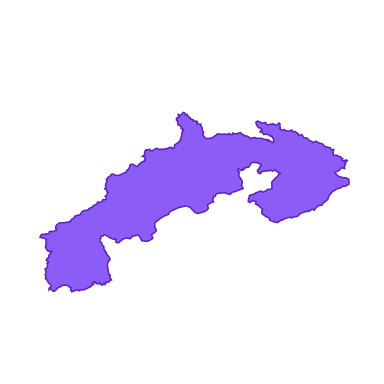 outline of Dien Bien, Điện Biên, Vietnam, rotated 81°
{"feature_id": "81297802B1284717956892", "entity_name": "Dien Bien", "entity_type": "district", "adm_level": 2, "iso_a3": "VNM", "parent_name": "Vietnam", "parent_adm1": "Điện Biên", "projection": "equal_earth", "projection_center": [103.057, 21.255], "detail": "fine", "context": "isolated", "style": "filled", "palette": "violet", "viewbox_px": 384, "rotation_deg": 81, "n_neighbors": 0, "source": "geoboundaries", "source_scale": "gbopen_adm2", "svg_char_len": 6080}
<svg xmlns="http://www.w3.org/2000/svg" viewBox="0 0 384 384"><g transform="rotate(81 192 192)"><path d="M208.7,35.6L204.0,35.1L202.1,37.6L201.4,40.6L199.5,44.7L197.2,46.8L195.1,47.6L193.5,42.9L191.5,40.7L192.7,37.4L190.4,37.6L188.5,35.9L186.8,36.7L186.6,35.3L185.2,33.6L184.4,34.9L185.1,35.2L184.6,37.0L185.0,38.4L183.0,38.9L182.5,38.1L181.8,39.3L180.5,39.7L179.6,41.9L178.5,42.8L177.8,46.6L174.5,46.4L172.2,45.3L171.9,47.7L169.9,48.6L167.8,53.7L164.6,55.9L163.6,58.6L161.2,61.7L162.0,64.8L160.9,65.6L159.8,67.7L156.8,70.0L155.6,73.3L152.5,74.4L152.9,77.8L151.1,77.9L148.3,80.8L148.4,82.8L146.4,83.7L147.0,87.2L146.0,90.2L144.7,91.1L145.1,93.1L144.5,94.4L143.0,95.4L142.6,94.7L139.9,94.9L138.8,94.3L137.5,95.3L139.2,98.3L137.9,100.7L137.1,101.2L137.6,103.0L137.2,103.6L137.6,105.5L137.3,106.9L136.7,107.9L134.9,108.5L135.1,111.6L132.1,116.0L132.9,117.9L135.5,117.9L138.9,116.3L139.7,114.3L141.8,113.1L142.8,115.2L143.4,115.4L143.9,113.5L146.5,112.1L146.2,111.2L146.8,110.3L146.6,108.9L147.4,107.2L148.5,106.9L148.5,105.7L149.2,105.6L149.7,104.2L154.2,103.0L155.9,104.2L153.5,107.5L153.2,109.3L152.3,108.5L151.2,112.4L149.8,115.0L149.1,119.7L148.1,121.0L148.0,123.7L148.5,125.2L145.3,128.9L144.5,132.0L143.8,131.9L142.3,134.0L140.8,134.8L141.6,139.5L140.2,142.6L141.0,142.6L141.7,143.6L141.4,144.8L139.9,146.2L141.0,147.8L140.1,149.2L140.0,151.5L139.5,152.3L139.8,154.3L139.0,155.3L138.6,158.1L139.5,159.1L142.0,164.8L141.5,165.8L141.8,167.2L141.1,170.3L137.0,172.4L134.9,171.2L133.2,172.0L129.9,171.9L128.1,173.1L126.5,172.5L125.5,176.5L124.4,176.6L123.8,175.5L123.1,175.9L122.3,177.8L122.2,179.7L120.7,179.6L120.1,181.9L119.2,181.7L116.1,184.2L114.5,184.7L114.9,185.6L114.6,186.6L112.8,186.7L112.0,188.2L114.5,191.3L113.2,193.4L114.2,193.7L116.1,192.7L116.4,195.4L117.2,196.1L118.2,195.6L118.6,196.0L119.2,195.2L123.4,195.5L124.2,193.8L125.7,192.5L127.4,192.9L128.6,191.0L129.7,191.8L130.4,191.0L130.6,191.8L132.6,193.0L133.4,192.7L139.5,195.9L141.2,198.3L142.7,201.6L145.9,203.0L146.1,204.1L144.9,204.9L144.5,206.0L144.5,207.7L145.3,209.7L145.1,213.1L145.7,214.4L144.8,215.6L144.8,217.6L143.2,220.4L145.0,224.8L144.5,226.6L143.2,227.0L143.4,229.5L143.0,231.0L144.9,232.4L147.8,233.1L149.0,235.4L150.1,233.1L151.1,232.4L152.2,233.7L154.0,233.8L154.1,235.8L155.0,237.7L156.8,240.7L158.1,241.7L158.0,243.0L155.3,246.0L155.0,247.8L156.0,249.4L157.5,249.6L159.7,251.4L160.0,252.6L161.7,253.5L163.9,260.4L164.1,262.3L163.5,265.2L162.0,266.9L161.8,268.1L162.3,269.6L163.7,270.5L164.2,272.5L166.3,274.7L167.6,274.0L170.5,276.0L172.2,276.5L173.2,275.9L175.2,277.8L177.1,275.5L178.4,276.1L179.2,275.0L182.4,277.6L182.6,278.4L183.1,277.8L185.8,277.9L186.1,279.5L185.6,281.3L186.9,282.0L187.6,283.5L187.8,284.8L187.1,286.8L188.9,287.8L190.1,291.7L191.0,291.8L192.2,296.3L193.6,297.7L193.4,300.9L194.3,303.9L196.4,305.6L197.4,307.1L196.9,308.5L197.7,311.8L199.2,312.3L200.3,315.6L202.1,316.7L202.4,322.8L201.8,328.0L203.4,330.9L204.9,332.1L206.6,332.3L207.3,331.5L208.5,332.1L208.4,333.2L209.1,334.3L209.4,336.0L208.7,337.1L208.9,339.1L210.4,339.6L211.1,341.8L210.4,342.6L210.7,344.4L210.3,347.0L211.5,348.4L213.0,349.2L214.4,345.7L216.1,343.1L217.7,344.1L218.6,343.5L221.3,344.8L222.2,344.4L223.4,345.5L227.0,344.2L228.5,342.3L228.3,340.3L228.8,339.9L229.3,341.2L230.8,341.3L231.4,342.7L232.9,343.6L234.2,343.5L235.5,346.1L237.0,346.5L239.0,344.4L239.9,346.4L240.9,346.0L243.5,346.7L244.6,347.6L245.1,349.2L248.4,348.6L251.0,350.1L253.0,349.5L254.6,350.4L256.3,348.9L259.5,347.9L261.9,345.8L263.6,346.2L264.7,348.3L266.4,348.5L265.8,347.8L266.2,346.1L268.2,344.8L268.6,343.4L264.8,337.9L265.2,336.5L264.0,335.2L264.3,330.2L265.9,328.8L267.8,326.2L269.6,327.4L271.8,326.3L270.8,321.8L271.0,319.9L272.0,318.8L271.2,317.2L271.7,314.2L269.7,306.9L268.5,305.2L267.0,304.6L267.8,303.6L265.6,303.7L266.0,303.1L265.5,301.7L265.8,301.1L267.3,301.2L268.1,299.4L268.1,298.5L267.0,297.4L269.8,296.1L269.7,294.6L268.8,294.4L269.8,292.6L268.4,292.4L268.2,291.9L268.8,291.4L267.5,290.5L268.0,288.1L266.6,287.1L266.3,285.3L263.1,286.5L261.6,285.7L260.3,286.9L251.3,287.1L248.2,286.0L245.8,283.4L243.4,283.9L239.6,286.2L238.2,286.1L237.0,287.4L235.8,287.2L233.7,288.2L232.4,287.5L230.5,288.9L227.7,289.3L226.1,290.8L224.2,290.1L223.8,289.3L222.7,289.6L221.3,288.7L221.7,287.0L220.5,285.6L220.8,284.4L225.0,279.4L226.6,276.4L226.3,274.8L227.3,274.3L229.3,275.3L230.7,273.4L230.5,272.1L228.8,269.7L227.2,265.6L227.1,264.4L228.5,260.3L226.7,258.0L226.0,253.0L227.3,250.9L232.2,249.3L233.7,244.2L233.6,242.9L231.8,238.0L227.6,238.6L226.5,235.7L224.7,233.2L220.0,234.3L216.4,233.2L212.9,227.0L211.4,223.1L210.4,218.5L208.7,218.0L207.4,215.3L205.3,207.5L204.8,199.6L207.1,196.1L212.7,192.2L214.0,190.2L213.8,185.6L213.2,184.4L213.5,183.1L212.1,179.8L210.7,178.4L207.1,178.7L205.2,173.9L205.2,172.2L203.2,172.7L200.0,171.3L200.1,170.1L198.1,168.6L197.4,167.3L197.7,160.4L200.4,155.0L198.4,152.1L198.4,149.9L196.6,141.0L193.0,142.0L191.0,140.9L188.5,140.8L183.7,143.0L181.6,143.0L179.7,142.0L178.4,143.2L176.6,143.2L176.5,142.3L178.2,140.4L178.5,138.7L177.2,138.2L177.8,137.7L177.6,136.6L176.4,135.9L176.2,131.8L172.5,128.8L172.3,125.5L172.9,125.1L173.3,122.4L174.1,122.1L175.4,119.4L176.1,119.3L178.0,121.5L179.5,121.8L180.3,123.5L181.8,124.2L182.9,123.2L183.7,123.5L184.6,121.6L183.4,120.5L182.6,118.2L183.0,113.6L182.8,110.8L184.1,109.0L183.2,107.2L183.4,106.0L184.5,105.7L187.6,102.0L188.2,103.7L190.2,105.1L190.6,106.4L194.5,111.6L201.2,112.5L201.6,114.9L201.2,116.5L203.3,121.3L201.9,123.9L201.9,125.4L202.6,127.2L202.5,128.8L203.7,130.5L204.2,135.6L208.3,137.5L210.3,137.9L211.4,136.3L210.0,133.1L211.6,130.3L212.4,130.2L213.6,131.2L214.5,130.5L215.4,128.4L216.4,128.2L220.2,124.9L221.8,126.2L224.4,126.3L228.1,122.6L229.8,119.8L231.8,119.8L234.5,115.5L235.6,112.2L233.5,108.2L233.9,107.4L232.6,103.7L232.3,98.9L233.2,97.6L232.6,95.8L232.5,91.4L230.2,88.3L229.1,82.7L229.3,79.3L228.0,76.5L228.0,75.3L229.1,74.1L226.4,71.4L225.1,68.3L225.3,65.7L223.7,64.4L220.6,59.0L217.7,57.7L213.9,53.6L211.6,48.5L211.3,45.0L210.0,42.3L210.2,39.3L208.7,35.6Z" fill="#8b5cf6" stroke="#5b21b6" stroke-width="1.5"/></g></svg>